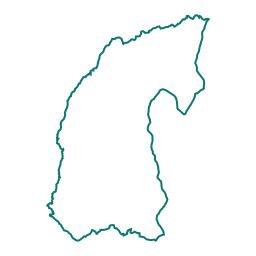 Muong Khuong, Lào Cai, Vietnam
{"feature_id": "81297802B9711168823282", "entity_name": "Muong Khuong", "entity_type": "district", "adm_level": 2, "iso_a3": "VNM", "parent_name": "Vietnam", "parent_adm1": "Lào Cai", "projection": "natural_earth1", "projection_center": [104.124, 22.685], "detail": "fine", "context": "isolated", "style": "outline", "palette": "teal", "viewbox_px": 256, "rotation_deg": 0, "n_neighbors": 0, "source": "geoboundaries", "source_scale": "gbopen_adm2", "svg_char_len": 5700}
<svg xmlns="http://www.w3.org/2000/svg" viewBox="0 0 256 256"><path d="M167.1,198.5L165.8,195.7L165.5,193.7L164.5,192.0L162.7,190.0L161.9,188.6L161.5,185.7L161.3,182.3L161.0,181.5L158.3,178.7L157.4,177.4L157.5,176.3L158.1,175.1L158.9,172.2L158.3,169.3L158.2,166.9L157.0,163.0L155.6,161.1L154.8,159.0L155.2,157.7L154.8,155.6L152.8,153.4L152.7,151.1L151.9,149.7L151.3,147.1L151.6,145.8L151.5,144.6L152.1,142.8L152.6,140.4L152.4,139.0L152.5,136.0L151.3,134.0L148.2,130.8L147.8,129.9L147.8,127.6L148.2,126.3L148.8,124.6L149.8,123.4L150.3,122.4L149.9,119.6L148.8,117.3L148.6,115.8L148.1,114.4L148.5,112.2L148.9,107.0L150.0,104.7L149.8,104.0L150.3,103.3L150.9,101.6L151.4,100.7L152.8,99.5L154.1,98.9L155.1,97.1L159.3,92.0L159.6,90.8L161.2,89.7L162.8,89.2L165.5,90.0L174.2,95.6L175.8,97.6L176.1,98.5L176.9,101.8L177.4,107.2L177.3,108.1L177.7,108.9L178.2,109.4L180.2,110.9L183.5,114.1L184.1,114.3L184.9,114.2L185.5,113.6L186.2,111.7L190.6,104.9L193.8,99.2L195.0,96.0L195.2,93.8L195.7,93.5L197.7,93.2L200.4,90.5L203.1,89.1L203.9,88.4L203.7,86.9L204.2,83.1L204.0,81.5L203.7,80.0L203.2,79.2L198.0,72.4L197.0,70.7L196.7,69.7L197.0,67.8L196.9,67.2L196.3,65.3L195.3,63.4L195.2,62.9L197.0,57.7L197.2,55.0L198.9,51.3L199.7,47.0L202.4,37.6L202.1,33.7L202.3,32.0L204.5,28.5L204.6,26.6L205.2,25.6L206.7,21.5L208.7,19.2L208.2,18.9L207.3,18.8L205.9,19.0L204.7,19.9L204.1,19.9L202.1,18.8L201.4,17.8L200.8,16.7L199.8,16.1L199.2,17.6L198.3,16.6L197.8,15.7L197.3,15.4L195.5,15.4L194.6,16.5L194.0,16.9L193.3,18.8L192.9,19.0L192.4,18.9L191.7,18.3L191.0,18.2L189.2,16.8L188.4,16.0L186.7,16.1L186.6,16.5L186.9,17.8L186.8,18.0L186.1,18.3L185.6,18.3L185.1,19.1L183.9,19.6L183.2,19.3L182.7,19.4L181.6,21.1L180.3,22.5L180.0,23.2L179.1,23.6L178.5,24.1L177.8,23.9L176.3,25.5L174.5,26.7L174.2,26.6L173.6,25.7L173.1,25.2L171.8,24.6L171.4,24.8L170.8,25.6L168.8,26.4L168.0,27.0L166.1,27.0L162.9,28.3L161.6,28.3L160.8,28.6L159.3,26.4L157.3,26.9L155.3,28.1L152.9,28.4L150.9,30.5L149.5,30.6L148.9,31.0L149.1,32.2L148.2,32.7L144.8,32.8L144.1,31.9L143.1,31.2L141.9,31.4L141.2,31.7L141.0,32.5L141.2,33.7L140.7,34.3L139.9,36.1L138.8,36.5L138.0,36.3L136.0,36.5L135.6,38.9L135.3,39.5L134.2,40.1L132.7,39.3L132.3,39.2L131.0,39.7L130.6,40.4L129.6,41.3L128.6,41.6L127.5,42.6L124.4,43.0L123.8,43.3L123.4,43.9L123.0,43.5L122.9,42.2L122.0,40.5L121.8,39.1L119.2,37.5L118.1,37.5L116.1,37.9L115.1,38.9L114.8,39.0L112.2,38.8L111.6,40.5L110.0,42.7L109.7,43.9L109.2,44.9L108.4,45.4L107.5,45.4L106.5,45.7L105.2,47.1L104.1,49.2L103.5,51.4L102.7,52.4L100.5,54.3L99.7,55.9L99.4,58.0L98.1,62.0L98.3,62.8L97.8,63.2L97.6,65.1L97.2,66.5L96.5,67.1L96.4,68.1L96.1,68.3L93.8,68.5L93.3,69.0L92.9,69.6L93.3,70.5L91.9,70.4L90.7,71.0L90.4,71.9L90.9,72.7L90.7,74.4L89.8,73.5L89.4,73.4L88.8,73.9L88.5,74.6L87.6,74.7L86.6,75.8L85.8,76.3L85.6,77.2L83.5,77.1L83.2,77.3L82.7,78.3L81.0,80.9L80.0,83.4L78.9,83.6L78.2,84.9L77.8,86.1L77.2,87.0L76.4,87.8L75.1,88.7L75.2,90.1L74.4,90.6L73.7,91.7L72.8,91.8L71.9,92.8L71.5,93.4L71.4,94.2L71.0,94.7L71.0,96.2L70.0,96.6L69.5,97.6L68.7,98.4L68.6,99.3L68.2,100.1L67.3,101.0L67.7,102.8L67.6,105.2L66.8,108.2L66.0,109.5L65.7,110.4L65.5,111.2L65.1,112.0L64.9,113.8L65.3,115.1L64.9,115.9L64.6,117.3L64.1,118.1L63.7,119.3L61.7,121.0L61.3,121.9L60.9,122.3L61.0,123.1L60.6,124.3L61.1,127.4L60.3,129.6L59.1,130.6L58.2,131.9L58.1,133.3L57.2,134.7L57.6,136.0L56.9,137.9L57.0,138.4L58.4,138.6L57.9,139.7L57.2,140.2L57.1,140.5L57.3,141.4L57.1,142.2L57.1,143.3L58.0,143.8L58.7,143.8L60.6,148.2L61.7,149.2L62.7,149.4L63.2,149.1L63.4,149.7L63.2,150.5L62.0,151.6L61.9,151.9L62.5,153.9L62.4,154.8L62.6,156.4L62.4,157.4L62.7,158.3L61.7,159.5L61.6,160.3L60.9,161.1L60.5,163.0L60.6,164.6L59.6,166.8L59.1,168.9L58.7,169.7L58.8,172.0L59.1,172.4L59.2,173.0L59.2,173.7L58.9,174.0L59.2,174.3L59.4,176.1L59.1,176.5L59.9,177.1L60.0,177.4L59.8,177.6L59.1,177.8L59.0,179.3L58.3,180.8L58.2,181.8L57.6,183.3L57.0,183.6L56.4,184.4L56.4,188.2L55.6,191.6L53.8,192.1L53.6,192.3L53.1,193.3L52.3,193.8L52.5,195.9L51.9,197.1L52.3,197.8L53.0,198.2L53.1,198.4L52.4,199.4L52.1,200.3L52.3,203.4L52.0,203.7L51.6,203.8L50.6,203.1L50.1,203.0L48.8,204.4L48.1,204.5L47.7,204.7L47.3,205.6L47.9,205.9L48.6,206.5L49.1,208.1L50.4,208.4L51.7,209.3L52.2,210.7L53.0,211.4L53.0,211.6L52.6,212.0L52.6,212.4L53.4,212.7L53.6,213.0L53.6,213.8L53.3,214.0L52.4,214.1L51.4,214.7L50.1,214.5L49.8,215.1L50.1,215.8L51.3,216.5L51.8,216.5L52.5,216.9L53.7,217.8L54.7,219.0L58.5,222.0L58.9,222.7L59.2,223.8L60.4,224.3L61.0,224.9L61.4,225.5L61.7,226.5L63.3,229.0L63.9,230.3L67.3,231.3L68.1,232.0L68.7,232.9L70.8,234.4L72.5,237.7L72.9,238.1L74.8,239.4L75.1,239.4L75.6,240.0L76.2,240.3L77.9,240.6L79.3,240.3L82.1,238.2L83.9,236.5L84.5,236.4L85.5,236.8L85.9,236.2L87.3,235.1L89.8,234.1L90.2,233.9L91.5,231.5L92.1,230.0L92.6,230.1L95.0,231.4L95.8,232.3L96.5,233.8L97.1,233.8L97.9,232.5L100.2,231.0L100.4,230.4L100.5,229.8L103.7,229.9L107.2,229.1L109.3,228.0L109.5,227.2L109.5,226.2L110.5,225.3L113.3,225.1L113.7,225.1L114.6,228.0L114.9,228.2L116.6,228.3L119.0,230.7L120.0,232.6L121.5,234.3L123.4,233.8L123.6,235.5L127.1,233.9L127.3,233.7L127.0,233.0L127.1,232.1L127.8,231.3L127.9,230.5L131.0,229.1L131.0,230.3L130.6,231.0L130.4,232.5L131.5,233.1L132.5,232.9L134.7,231.7L137.3,233.1L139.5,233.1L139.5,235.3L139.7,236.2L140.3,236.2L141.0,236.8L142.4,236.8L144.2,237.4L146.5,239.4L148.0,239.5L149.7,240.0L151.3,240.1L154.1,239.5L155.7,240.6L156.6,239.7L157.5,238.0L159.0,236.5L161.0,235.4L163.9,234.6L163.6,232.8L163.1,230.8L160.3,226.3L159.0,225.0L157.7,222.3L157.3,220.8L156.6,219.4L156.7,217.6L157.0,215.7L158.0,214.3L159.1,213.3L159.5,211.9L160.3,210.6L161.0,209.7L162.4,208.5L163.2,207.1L164.2,206.3L164.9,204.6L165.9,203.3L167.0,200.9L167.4,199.7L167.1,198.5Z" fill="none" stroke="#0f766e" stroke-width="2"/></svg>